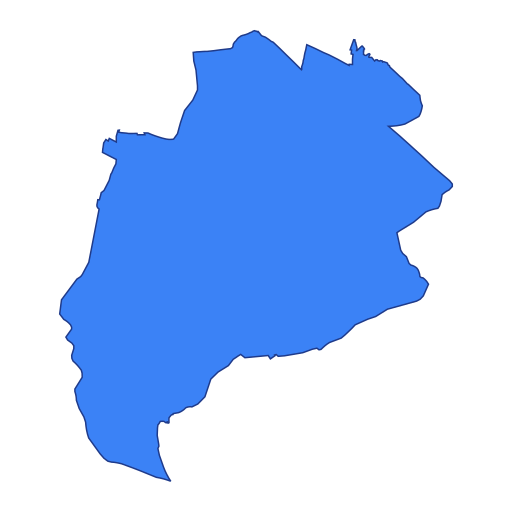 Zorlentu Mare, Caras-Severin, Romania
{"feature_id": "2599482B11018048570777", "entity_name": "Zorlentu Mare", "entity_type": "district", "adm_level": 2, "iso_a3": "ROU", "parent_name": "Romania", "parent_adm1": "Caras-Severin", "projection": "orthographic", "projection_center": [21.979, 45.459], "detail": "fine", "context": "isolated", "style": "filled", "palette": "blue", "viewbox_px": 512, "rotation_deg": 0, "n_neighbors": 0, "source": "geoboundaries", "source_scale": "gbopen_adm2", "svg_char_len": 5325}
<svg xmlns="http://www.w3.org/2000/svg" viewBox="0 0 512 512"><path d="M428.5,284.2L427.6,282.8L426.7,281.4L425.5,280.1L424.3,278.9L422.9,277.8L422.0,277.7L421.2,277.5L420.5,277.1L419.9,276.5L419.6,274.2L419.3,273.2L419.0,272.2L418.6,271.1L418.2,270.1L417.6,269.2L417.0,268.3L415.7,267.2L414.2,266.3L412.7,265.6L411.0,265.1L409.1,263.5L406.4,256.7L402.7,253.5L400.7,250.2L396.9,232.7L399.6,230.8L413.6,222.2L425.9,211.9L428.8,210.7L431.8,209.7L434.8,208.9L437.9,208.3L439.4,206.1L441.0,201.3L442.1,194.6L443.7,193.3L445.4,192.0L447.2,190.9L449.1,189.9L452.3,186.5L452.3,184.0L449.7,180.8L433.8,167.3L422.7,156.8L411.4,146.5L400.1,136.3L388.5,126.3L392.7,126.1L396.9,125.7L401.0,125.0L405.0,124.0L418.9,116.4L420.2,113.9L421.1,111.3L421.8,108.6L422.3,105.8L421.3,103.3L420.5,100.7L420.1,98.0L419.8,95.3L417.8,93.4L413.5,89.4L408.2,84.3L407.4,84.0L405.7,82.1L402.4,78.5L399.8,76.4L393.7,70.6L389.9,67.1L389.9,66.9L389.6,66.5L389.5,65.9L389.4,65.6L389.1,65.4L388.8,65.3L388.5,65.3L388.3,65.1L388.0,64.6L387.8,64.3L387.6,63.4L386.9,62.7L385.3,62.3L384.8,62.0L383.5,61.7L382.9,61.7L382.6,61.9L382.4,61.4L382.3,61.1L382.0,60.8L381.3,60.8L380.7,60.7L380.4,60.5L380.1,60.6L379.7,61.0L379.4,61.1L378.3,60.7L378.0,60.7L377.7,60.5L377.6,60.2L377.5,59.9L377.3,59.8L376.7,60.0L376.1,59.7L375.7,59.9L375.3,60.4L374.6,61.0L371.7,57.4L371.2,57.4L370.9,57.3L370.3,57.4L369.6,57.4L369.0,57.3L368.8,57.1L368.9,56.3L369.5,55.3L369.9,54.4L369.8,54.1L369.3,53.7L369.0,53.7L368.4,54.0L367.7,54.3L367.4,54.4L367.0,54.8L366.6,55.1L366.3,55.4L365.9,55.4L365.2,55.4L364.7,55.3L364.2,54.8L363.5,54.4L363.6,52.9L363.4,51.7L363.9,50.9L363.7,50.4L363.5,50.1L364.0,49.5L364.5,49.0L364.2,48.4L362.7,46.5L362.4,46.1L362.0,46.0L361.1,46.7L357.0,50.6L356.5,50.6L356.6,50.2L357.0,49.1L357.0,48.2L356.7,46.7L356.2,45.0L355.8,43.1L355.6,42.2L355.2,41.9L355.0,41.3L355.0,40.7L355.0,40.2L354.9,39.8L353.7,39.7L350.1,49.8L351.6,50.1L351.1,53.9L353.0,54.4L352.5,59.2L352.5,64.5L349.2,64.3L349.1,65.4L345.3,63.5L337.5,59.2L329.0,54.9L323.6,52.6L315.4,48.6L306.8,44.7L306.2,47.5L305.9,49.1L305.7,50.0L304.9,52.9L304.4,55.4L303.9,58.5L303.3,60.3L303.1,61.7L303.0,62.5L302.7,63.7L302.5,64.4L302.1,65.6L301.7,66.6L301.7,69.6L301.5,69.8L298.9,67.3L293.5,61.9L286.2,54.8L279.6,48.3L275.5,44.4L273.4,42.4L272.6,41.9L272.3,41.8L271.6,41.6L270.6,40.9L268.7,39.4L265.9,37.5L265.0,37.0L262.7,36.2L262.0,35.9L261.3,35.4L258.1,31.4L257.9,31.4L257.7,31.9L256.9,31.5L256.4,31.2L256.1,31.1L255.8,31.1L255.3,31.1L254.8,30.9L254.7,30.7L254.1,30.8L253.3,31.1L252.7,31.4L252.3,31.7L251.5,32.2L250.2,32.6L248.3,33.6L246.4,34.3L245.9,34.5L244.8,34.8L244.3,35.0L243.2,35.2L242.0,35.6L241.1,35.9L238.8,37.5L237.8,38.4L237.0,39.4L236.3,40.4L235.6,41.2L234.6,42.1L233.9,43.2L233.3,44.2L233.1,45.7L232.8,46.8L232.5,47.6L232.1,47.8L230.5,48.7L228.4,48.9L220.5,49.8L213.8,50.7L209.1,51.2L207.2,51.4L205.3,51.4L203.2,51.5L200.4,51.7L196.7,51.9L193.2,52.4L193.8,61.0L196.0,70.1L197.5,85.9L197.5,90.0L192.8,100.1L184.6,110.5L182.3,117.3L180.5,122.7L179.0,128.1L177.5,133.7L173.6,139.1L172.5,139.3L170.7,139.4L168.9,139.4L167.2,139.2L165.9,139.0L162.2,138.1L158.6,137.0L155.0,135.8L151.5,134.5L148.0,133.0L144.2,132.9L144.9,134.7L137.4,134.8L137.0,133.4L132.1,133.5L128.8,133.5L126.1,133.1L121.4,132.7L118.7,132.2L119.3,130.1L118.0,130.3L116.3,136.2L116.3,142.0L109.3,138.4L108.2,141.0L105.9,139.5L103.7,142.9L103.0,147.9L102.8,148.9L102.5,152.4L116.3,159.5L116.1,161.7L115.9,163.9L114.0,167.5L113.5,168.6L111.8,172.8L110.9,174.1L109.2,180.4L104.0,190.5L101.2,192.7L100.7,195.0L99.4,199.8L97.8,199.7L97.4,202.3L96.9,204.9L97.0,206.4L97.7,207.8L99.1,209.1L88.8,262.3L82.3,274.5L80.7,276.6L76.9,279.1L61.5,299.8L59.7,314.0L63.8,319.4L65.5,320.4L67.2,321.6L68.7,322.9L70.1,324.4L70.4,324.6L71.6,327.1L71.6,329.1L65.9,337.1L67.6,340.0L71.9,343.1L73.8,345.7L73.8,348.6L71.7,355.3L71.9,358.4L73.1,361.1L75.4,363.2L77.5,365.4L79.5,367.8L81.3,370.2L82.1,373.2L82.2,377.3L74.9,389.0L74.9,391.5L75.5,393.6L76.0,395.8L76.3,398.1L76.4,400.3L79.2,408.5L83.9,416.9L85.6,422.1L86.0,426.1L86.6,430.1L87.5,434.1L88.7,438.0L100.1,453.8L104.1,458.4L107.9,461.2L111.5,462.1L114.1,462.3L116.7,462.7L119.2,463.2L121.7,463.8L130.4,467.0L139.1,470.3L147.7,473.8L156.3,477.3L160.0,478.0L163.7,478.9L167.3,480.0L170.7,481.2L170.8,481.3L168.7,478.0L166.8,474.5L165.1,471.0L163.6,467.3L159.4,455.4L157.9,448.5L158.9,446.1L158.7,444.2L157.2,435.4L157.5,427.8L157.9,424.9L159.0,423.6L160.3,421.4L161.7,421.3L163.3,421.3L164.1,421.4L165.3,422.4L165.5,422.6L166.8,422.8L167.1,422.1L167.1,421.9L167.4,421.9L167.5,422.3L167.8,422.5L168.1,422.8L168.2,423.1L168.6,422.9L169.0,422.7L168.9,419.0L169.1,417.6L171.1,415.2L171.4,414.9L173.0,414.5L173.0,414.0L173.2,413.6L178.7,412.6L180.7,411.7L182.5,410.6L184.1,409.4L185.0,408.5L185.9,407.7L186.1,407.6L187.5,407.1L189.0,406.8L190.4,406.7L191.9,406.9L197.8,404.0L204.9,396.8L210.8,379.1L218.1,372.0L228.4,365.6L233.2,359.3L236.1,357.4L237.5,356.4L240.7,354.4L244.9,357.7L255.5,356.7L268.2,355.5L270.4,358.9L275.0,355.7L274.6,355.0L276.2,354.5L276.7,355.0L278.2,356.3L284.5,355.8L302.8,352.7L312.4,349.2L316.9,348.2L319.0,349.8L321.0,349.4L323.0,347.5L325.0,345.7L327.2,344.0L329.5,342.5L341.2,338.1L344.9,335.0L348.4,331.7L351.9,328.3L355.2,324.8L367.7,319.2L375.7,316.5L387.4,309.2L416.6,301.1L420.2,299.2L423.3,295.9L428.5,284.2Z" fill="#3b82f6" stroke="#1e3a8a" stroke-width="1.5"/></svg>